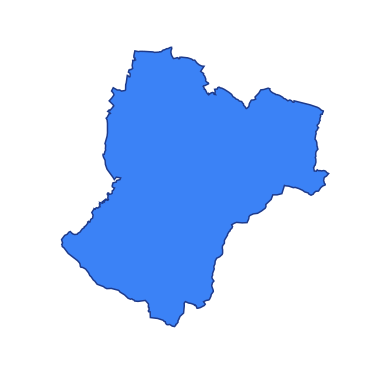 Chiojdeanca, Prahova, Romania, rotated 206°
{"feature_id": "2599482B41397862941548", "entity_name": "Chiojdeanca", "entity_type": "district", "adm_level": 2, "iso_a3": "ROU", "parent_name": "Romania", "parent_adm1": "Prahova", "projection": "natural_earth1", "projection_center": [26.277, 45.174], "detail": "fine", "context": "isolated", "style": "filled", "palette": "blue", "viewbox_px": 384, "rotation_deg": 206, "n_neighbors": 0, "source": "geoboundaries", "source_scale": "gbopen_adm2", "svg_char_len": 6026}
<svg xmlns="http://www.w3.org/2000/svg" viewBox="0 0 384 384"><g transform="rotate(206 192 192)"><path d="M273.8,313.1L274.9,312.4L276.4,310.4L277.6,309.7L279.0,307.8L280.2,306.9L281.0,304.9L281.6,304.2L282.5,303.9L283.2,303.1L287.0,301.0L288.5,300.8L296.4,297.5L300.3,295.7L301.7,294.7L305.2,293.8L304.1,289.4L303.3,287.6L302.6,287.1L301.8,287.3L301.7,286.3L301.4,285.8L300.8,285.8L301.2,285.2L301.7,285.6L301.7,284.9L303.0,284.3L302.4,283.3L301.3,279.6L299.5,277.0L300.5,275.3L301.4,275.0L301.5,274.4L302.0,274.1L301.8,273.8L302.0,273.3L301.7,271.8L299.8,271.5L299.1,270.6L298.4,268.8L298.4,268.2L299.0,268.0L299.9,268.0L300.6,268.6L301.3,268.5L298.9,261.1L298.7,259.5L296.5,254.7L296.7,253.9L299.6,251.8L301.7,252.0L303.9,250.9L308.5,251.2L308.6,247.5L306.5,246.6L305.1,245.6L304.7,244.9L305.3,241.2L306.4,237.6L300.7,235.7L300.2,235.3L300.4,234.6L300.1,234.5L301.5,229.3L302.4,229.5L303.1,227.5L300.7,227.3L299.8,226.8L301.0,225.6L300.7,224.5L300.9,224.2L301.0,222.0L301.5,220.7L299.9,219.6L298.1,216.7L293.9,208.1L292.8,205.0L291.4,197.2L290.6,196.8L289.9,195.7L288.8,192.9L288.0,191.8L288.0,189.9L287.4,187.4L288.5,186.9L288.0,185.8L286.8,184.5L284.0,182.4L281.9,178.8L278.4,175.3L269.2,170.4L267.3,169.1L266.5,172.2L262.3,173.4L262.2,171.5L264.6,169.5L264.8,169.0L264.4,167.8L267.0,165.6L266.8,165.1L266.9,164.2L266.5,163.6L266.6,162.9L266.0,161.8L264.1,161.4L263.4,161.6L263.4,161.4L263.6,158.9L264.2,158.1L263.2,155.7L264.2,154.4L265.4,153.6L266.3,154.5L267.0,154.4L267.2,154.2L266.9,153.6L267.3,153.0L266.7,152.4L265.9,152.2L265.1,149.8L264.4,148.9L263.8,148.6L263.9,148.0L264.4,147.5L265.4,147.9L265.9,147.5L266.3,147.8L266.7,147.1L266.0,146.7L266.3,146.1L266.5,145.9L267.0,146.2L267.5,145.5L266.7,144.6L267.7,144.6L268.3,144.1L267.4,143.2L267.4,142.8L270.3,142.1L269.8,141.7L270.1,140.8L269.7,140.3L269.0,140.2L269.1,139.1L268.3,138.5L269.0,138.1L269.0,137.2L269.7,136.2L270.7,136.2L271.2,135.7L271.6,134.5L271.5,134.2L272.7,134.1L272.4,133.5L272.7,133.3L273.1,129.7L270.8,127.9L269.9,124.9L271.0,123.0L270.6,120.3L271.1,119.9L272.0,120.3L272.6,119.2L272.0,118.3L272.6,115.2L273.6,113.3L273.2,112.8L274.5,110.5L275.1,106.9L276.4,105.0L276.6,103.8L278.7,102.4L280.1,102.1L281.8,102.3L284.1,103.1L285.1,101.8L285.6,99.3L287.4,97.2L288.4,92.1L286.0,89.5L286.0,87.6L285.4,87.3L284.7,86.1L282.6,85.7L276.3,82.5L264.8,80.1L262.1,79.0L261.0,78.1L259.7,76.1L259.1,75.7L257.0,76.3L253.8,76.1L249.5,74.0L247.2,72.1L245.5,71.6L242.2,69.7L240.1,69.2L236.8,67.5L230.1,68.2L228.5,67.8L226.2,67.8L222.2,70.0L215.2,71.4L214.3,71.3L212.8,70.5L207.5,70.0L202.9,68.5L200.3,68.7L199.3,69.6L198.2,69.3L196.9,69.5L195.8,68.9L192.6,70.0L186.4,74.1L182.2,72.4L181.5,71.3L181.3,70.2L180.4,69.6L180.4,69.0L179.7,69.0L179.2,67.7L178.8,67.3L179.2,66.4L179.1,65.9L178.4,65.4L177.1,65.9L174.4,60.9L167.4,63.3L162.4,64.0L161.3,64.0L160.4,63.5L159.1,63.7L158.4,62.7L156.8,61.8L155.5,62.1L153.9,63.2L151.0,62.8L148.7,63.4L148.2,65.2L148.5,65.9L147.9,66.8L147.5,68.9L148.2,70.2L148.0,72.0L148.3,72.7L148.1,73.2L148.3,74.9L146.5,79.5L149.1,86.4L150.3,88.6L149.9,90.6L146.5,90.7L144.0,91.4L139.4,91.9L139.1,91.7L139.4,91.3L138.1,91.3L136.8,89.8L135.9,90.0L133.8,91.8L131.2,95.4L130.8,97.5L131.0,97.1L133.5,98.4L131.9,100.6L129.5,102.4L129.2,103.7L129.3,106.7L129.8,108.3L129.2,111.8L129.8,112.9L132.9,116.0L133.5,117.1L133.5,118.0L133.9,119.7L133.4,120.7L133.3,121.6L135.8,123.0L136.9,124.3L137.0,126.4L137.8,127.7L138.3,132.6L139.5,134.1L139.8,135.3L139.8,137.3L140.9,140.1L140.8,143.3L138.7,146.0L137.5,149.2L137.7,150.5L139.1,153.4L140.2,154.9L141.0,157.0L140.4,160.1L141.7,162.8L141.2,168.8L141.6,169.7L141.3,172.6L140.8,173.5L141.0,175.1L140.3,176.7L140.4,178.7L142.0,179.9L140.3,182.5L138.7,184.2L133.3,186.3L129.1,188.6L129.2,192.6L130.0,195.0L129.6,196.4L127.2,199.3L123.7,201.6L121.2,205.4L119.1,209.5L119.1,211.2L120.2,213.2L117.6,220.0L118.1,224.9L114.2,226.8L110.5,229.9L111.8,238.4L110.6,238.6L107.6,239.7L102.9,240.3L101.2,241.4L97.6,241.9L93.2,242.0L90.8,241.5L87.2,242.1L86.1,241.4L83.6,241.3L82.1,243.2L81.9,244.8L81.1,246.8L78.7,248.3L78.2,252.3L77.2,254.6L75.4,256.7L75.7,257.4L77.2,258.1L77.6,258.9L78.6,259.7L79.4,262.4L79.4,263.3L78.1,265.3L77.3,268.5L79.2,268.5L81.1,269.3L82.9,269.1L84.9,267.7L86.2,267.4L87.7,266.6L89.2,266.8L89.4,265.2L91.3,264.5L93.4,267.2L93.2,268.1L93.5,269.0L93.1,270.1L93.7,273.1L95.1,275.7L96.4,277.2L96.3,278.4L97.4,280.1L98.0,281.7L98.2,283.0L97.6,285.8L98.6,286.5L98.9,287.4L99.6,287.8L101.7,291.4L103.2,292.7L104.6,293.4L105.9,297.6L105.9,298.6L107.2,300.6L106.6,303.2L106.9,304.5L106.4,305.2L108.1,306.0L108.8,306.9L108.0,309.4L108.4,311.2L108.2,312.5L109.1,313.5L109.6,316.8L110.2,317.1L110.4,317.9L110.1,318.5L109.0,319.0L109.3,320.2L109.3,321.8L109.5,322.4L111.5,322.2L114.3,323.0L116.4,323.1L124.2,322.1L140.2,318.7L139.7,317.5L140.2,317.1L141.1,317.0L142.5,317.6L144.4,317.6L145.8,316.0L149.0,316.6L150.7,316.3L151.9,316.9L155.6,317.2L158.3,316.8L159.6,316.3L160.2,316.6L163.0,316.5L165.5,317.0L167.1,318.1L167.2,318.9L169.1,318.7L172.4,315.6L175.0,313.9L175.3,310.2L177.0,305.0L175.5,303.4L176.9,301.8L178.7,300.8L179.0,300.3L179.2,296.7L178.5,294.2L178.5,293.4L179.5,291.0L180.0,290.8L181.9,292.0L183.6,292.5L184.3,293.7L185.8,294.3L187.0,295.1L189.3,294.5L191.2,295.1L193.5,294.9L194.9,295.5L197.0,295.6L199.2,297.1L202.6,297.8L207.8,298.4L210.8,298.4L212.3,297.9L213.1,298.2L213.9,297.9L214.6,297.1L214.4,295.7L216.7,294.2L215.2,292.6L214.8,290.7L213.6,289.9L214.9,289.5L216.4,290.6L217.2,290.5L218.3,289.4L219.1,287.9L220.0,287.9L219.4,287.0L219.7,286.6L221.8,287.4L225.0,289.9L225.9,289.7L226.2,290.4L228.3,291.9L228.1,292.6L227.2,293.1L224.6,296.5L224.7,296.8L225.2,297.2L227.1,297.3L228.5,297.9L229.1,299.5L231.3,301.6L233.1,302.4L233.5,303.6L237.1,304.2L236.3,310.3L238.4,309.5L241.2,309.4L244.1,310.1L247.3,311.7L248.9,310.9L250.5,311.3L254.7,310.7L260.8,308.5L262.0,307.7L261.5,306.9L261.6,306.4L262.6,305.9L263.4,306.5L264.2,306.3L265.7,304.8L267.2,303.8L270.3,305.9L272.1,308.1L272.9,310.0L273.0,311.9L273.8,313.1Z" fill="#3b82f6" stroke="#1e3a8a" stroke-width="1.5"/></g></svg>